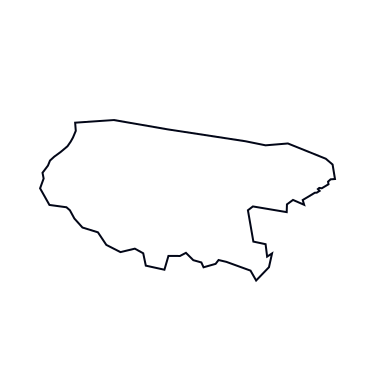 outline of Mansoura, Cyprus, rotated 250°
{"feature_id": "46923920B83327949729976", "entity_name": "Mansoura", "entity_type": "district", "adm_level": 2, "iso_a3": "CYP", "parent_name": "Cyprus", "parent_adm1": "", "projection": "albers", "projection_center": [32.619, 35.182], "detail": "fine", "context": "isolated", "style": "outline", "palette": "ink", "viewbox_px": 384, "rotation_deg": 250, "n_neighbors": 0, "source": "geoboundaries", "source_scale": "gbopen_adm2", "svg_char_len": 926}
<svg xmlns="http://www.w3.org/2000/svg" viewBox="0 0 384 384"><g transform="rotate(250 192 192)"><path d="M297.1,105.9L289.2,103.7L283.9,98.8L280.8,95.2L277.6,90.7L274.5,82.2L272.3,74.6L270.1,69.3L266.1,65.7L261.2,58.1L255.4,57.2L247.4,50.5L228.6,53.6L220.6,68.8L216.6,71.0L207.3,72.4L196.1,76.9L186.3,89.8L171.6,93.4L160.0,104.2L158.3,118.9L151.1,125.2L138.6,123.4L128.4,139.5L140.0,148.0L136.0,158.8L136.9,165.5L127.5,169.9L122.6,176.7L117.3,177.1L116.4,189.6L119.0,193.7L114.6,200.4L98.1,220.1L86.9,222.0L95.0,238.6L106.9,246.2L105.6,240.5L117.8,243.3L124.4,232.7L155.7,238.3L157.6,244.3L140.7,274.1L147.9,277.0L150.0,284.2L141.6,293.0L146.6,293.3L149.3,307.2L148.7,309.0L149.4,312.3L151.7,311.3L152.3,313.0L151.1,315.2L152.6,322.9L155.2,323.4L156.5,326.6L155.3,330.8L169.7,333.5L177.5,329.1L204.8,298.7L210.7,277.1L221.4,259.6L259.1,190.7L286.4,143.1L297.1,105.9Z" fill="none" stroke="#020617" stroke-width="2"/></g></svg>